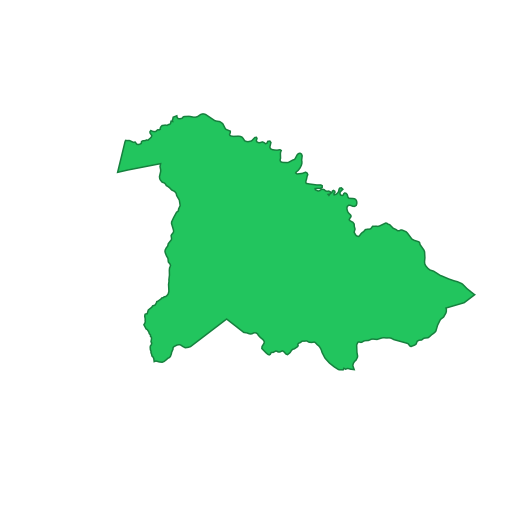 the district of Sinop, Mato Grosso, Brazil, rotated 141°
{"feature_id": "56859067B61328210802035", "entity_name": "Sinop", "entity_type": "district", "adm_level": 2, "iso_a3": "BRA", "parent_name": "Brazil", "parent_adm1": "Mato Grosso", "projection": "orthographic", "projection_center": [-55.512, -11.743], "detail": "fine", "context": "isolated", "style": "filled", "palette": "green", "viewbox_px": 512, "rotation_deg": 141, "n_neighbors": 0, "source": "geoboundaries", "source_scale": "gbopen_adm2", "svg_char_len": 6143}
<svg xmlns="http://www.w3.org/2000/svg" viewBox="0 0 512 512"><g transform="rotate(141 256 256)"><path d="M251.2,105.9L249.8,109.8L248.8,110.7L247.3,111.6L245.3,112.1L243.9,112.1L241.0,113.4L240.0,114.3L238.2,117.6L233.7,123.6L231.2,124.8L230.1,124.5L229.1,123.1L228.1,122.4L225.9,122.1L224.6,121.6L221.8,119.6L218.6,118.7L217.1,117.6L214.5,115.0L209.7,113.1L208.1,112.1L206.3,110.3L203.9,108.5L202.7,107.1L201.5,104.3L193.8,93.5L192.9,91.9L193.1,89.4L192.5,88.1L188.7,86.9L187.0,86.8L184.4,88.3L182.2,87.9L180.1,86.5L178.3,86.5L177.0,86.3L173.7,84.2L172.1,84.1L169.1,84.3L166.5,84.1L164.7,84.2L163.4,84.5L158.5,87.9L153.1,90.4L151.9,90.6L148.6,90.5L144.3,92.2L142.9,93.2L141.6,94.8L141.1,96.0L123.6,88.7L110.4,88.3L110.8,89.6L112.6,97.9L113.2,104.0L113.5,105.1L115.6,109.2L117.7,112.1L120.7,116.9L124.2,123.6L125.0,124.8L127.5,132.4L129.6,135.6L130.2,138.1L130.3,141.2L129.9,143.5L128.7,145.4L125.9,148.3L122.4,153.1L121.8,154.9L121.3,161.8L120.5,163.2L120.5,164.5L123.3,168.8L124.2,171.1L123.9,178.5L124.1,180.4L126.0,184.0L126.9,185.0L128.8,185.5L130.0,186.5L130.6,188.6L131.9,191.2L132.4,196.2L133.4,197.7L133.7,199.1L134.5,200.0L141.1,201.6L142.7,202.3L143.6,203.3L146.7,205.7L149.6,205.0L151.1,205.5L152.1,206.4L154.4,207.7L157.1,207.2L158.6,207.4L160.5,207.2L162.8,206.6L164.0,206.6L165.2,208.3L165.3,209.7L164.8,212.7L162.1,214.6L161.0,217.1L159.6,219.1L159.5,221.2L160.7,224.1L160.8,225.5L159.5,226.2L157.9,226.6L157.0,227.2L156.7,228.3L157.0,231.1L156.9,232.7L156.0,234.8L155.2,236.1L153.8,237.1L151.9,237.1L150.7,235.9L149.4,233.6L148.1,232.5L146.2,232.3L144.8,233.2L143.7,234.5L143.1,235.9L143.0,237.3L143.4,238.4L144.3,239.5L147.4,242.3L147.6,243.5L146.5,246.4L146.5,247.8L147.3,249.1L148.5,249.2L149.7,248.5L150.9,248.7L151.9,250.2L151.4,251.8L150.3,252.8L146.5,253.2L146.8,255.3L148.3,256.1L149.5,255.6L150.6,254.6L151.8,253.9L153.1,253.6L154.7,253.5L156.8,254.3L156.2,255.5L154.7,255.7L154.0,256.7L154.5,258.2L155.7,258.4L157.0,257.6L158.6,257.7L157.8,258.9L158.6,260.7L160.1,261.6L161.0,262.9L161.3,264.7L162.2,265.9L163.5,266.7L165.0,266.6L166.8,267.3L168.2,270.1L167.6,271.2L166.2,270.3L164.0,268.5L163.0,267.9L161.3,267.7L160.3,269.0L160.9,270.4L163.9,272.8L169.4,278.6L171.2,280.7L171.0,281.8L170.0,282.9L168.4,283.9L166.0,285.9L164.6,286.6L164.1,288.2L164.7,289.9L167.9,291.0L172.5,293.9L172.9,295.6L171.7,296.0L169.4,296.0L166.4,296.7L163.6,298.0L162.0,299.2L161.0,300.4L160.2,301.8L157.1,304.8L156.5,306.6L157.1,308.2L158.7,308.9L160.4,308.7L164.6,306.9L165.7,306.9L166.9,307.4L171.8,308.3L172.8,308.8L173.8,309.7L176.1,311.7L177.3,313.1L177.3,314.8L176.4,315.9L175.4,316.5L172.7,320.1L171.6,321.2L170.0,322.1L170.5,323.5L173.1,325.0L174.7,326.5L176.4,328.4L177.2,330.1L176.8,331.9L173.0,334.8L172.9,336.6L174.7,337.7L176.4,336.8L178.0,337.3L178.4,339.1L179.2,340.6L181.7,341.6L182.9,342.7L183.5,344.3L183.2,345.4L181.2,346.8L181.0,348.0L182.4,348.8L186.3,348.3L187.4,348.4L190.4,349.9L191.8,351.6L192.3,352.8L192.0,355.5L192.1,357.3L193.1,359.0L194.3,360.2L198.2,363.1L199.9,364.9L200.4,366.1L200.0,367.2L198.4,368.0L197.4,369.2L199.6,373.2L199.7,374.4L198.6,379.5L198.8,380.8L199.6,383.3L202.0,385.9L202.9,387.3L206.1,397.7L207.2,399.3L208.4,400.2L210.0,400.8L213.6,401.1L215.4,401.8L217.0,403.0L219.5,406.0L220.7,407.1L224.1,409.6L225.2,409.9L226.6,409.5L228.9,410.6L230.1,411.9L230.1,413.4L229.3,414.8L233.0,416.0L234.3,414.9L235.7,414.1L236.1,413.0L237.2,414.2L239.1,412.7L240.4,412.7L241.4,413.3L242.8,413.4L244.1,414.8L246.9,416.5L248.8,416.2L250.0,415.6L250.6,414.7L252.0,415.0L252.8,415.9L254.1,416.0L255.2,415.8L256.5,416.4L257.9,417.9L258.8,419.7L260.2,419.3L260.9,418.3L261.2,415.2L262.3,414.4L263.7,414.1L267.1,414.0L268.1,415.1L269.5,415.4L271.4,416.7L272.9,417.0L274.4,415.7L275.6,415.9L277.2,416.6L278.3,417.8L278.2,420.6L279.8,421.5L281.3,424.7L281.9,425.6L283.3,426.6L284.6,427.9L285.9,427.2L310.9,408.1L301.5,403.5L272.0,387.8L274.3,385.9L275.9,382.9L277.0,381.6L281.1,378.4L282.2,376.6L282.5,375.2L282.5,372.5L281.2,370.3L281.1,368.7L281.4,367.2L280.7,365.4L280.2,363.3L280.0,360.4L278.6,357.4L278.6,354.9L279.6,352.9L280.4,347.7L283.2,342.9L286.5,341.3L288.1,339.9L290.2,340.0L295.8,337.7L300.1,335.6L301.2,334.4L303.9,327.9L304.9,326.6L306.6,326.0L308.0,325.8L309.2,325.2L310.5,322.9L311.5,321.9L316.4,320.8L318.5,319.2L320.3,318.9L322.8,317.8L323.8,316.9L324.5,315.6L325.5,312.4L325.9,309.6L327.9,306.5L327.9,303.8L328.3,302.5L329.5,301.7L330.7,301.1L332.3,299.5L335.3,295.6L338.5,292.5L339.7,290.9L341.8,289.0L345.9,283.4L348.1,281.8L350.1,281.3L351.6,281.3L353.1,282.1L354.3,282.0L355.7,282.7L356.9,282.4L360.6,282.6L361.8,283.0L363.2,282.1L365.4,281.4L367.7,282.3L369.2,281.8L373.7,281.8L376.9,279.6L377.8,280.2L378.9,280.5L380.4,279.2L381.7,276.8L382.7,275.7L383.4,274.6L384.4,273.9L386.4,273.1L387.3,268.4L386.8,267.2L387.1,264.4L387.8,262.8L387.6,261.2L388.6,259.9L388.4,258.7L389.2,257.5L391.6,255.4L391.8,254.0L393.2,252.9L394.8,252.5L395.7,251.6L397.1,249.6L397.6,248.0L398.5,246.9L399.0,245.2L399.8,243.7L399.6,242.4L400.0,240.6L401.6,238.0L400.3,237.6L399.4,236.8L397.9,234.6L395.8,232.5L393.9,231.9L390.6,231.8L389.0,232.0L387.3,231.6L385.8,231.8L383.4,233.2L382.1,234.3L379.2,235.8L378.1,237.0L376.8,237.2L373.4,236.5L371.6,235.5L370.7,234.6L369.8,231.7L368.7,229.2L366.2,227.7L363.9,226.8L318.5,225.5L313.6,204.3L311.4,201.9L310.4,200.1L309.4,198.9L308.1,198.1L305.9,197.6L304.3,196.2L303.8,194.3L304.1,193.0L303.9,190.0L303.2,186.6L303.4,184.3L304.5,183.2L308.2,181.9L309.7,180.4L309.1,174.1L308.6,171.9L307.9,170.8L306.8,170.6L305.4,171.3L304.3,171.1L303.4,170.3L300.4,169.7L299.6,168.7L299.3,167.6L297.9,166.4L295.2,165.7L294.6,164.2L294.4,160.9L293.6,159.5L290.3,159.5L287.8,160.3L286.2,160.4L284.6,159.7L280.7,159.4L279.7,159.8L279.1,161.1L277.8,161.4L275.9,160.8L273.7,160.8L272.0,159.4L270.1,158.2L269.0,155.6L267.2,153.8L264.9,152.5L264.4,151.3L264.2,148.4L263.8,146.9L263.8,144.7L264.3,142.1L265.4,139.3L266.6,133.5L266.6,132.2L266.3,126.6L265.0,120.7L263.4,115.9L262.6,114.9L259.9,112.7L258.3,113.4L257.7,111.7L255.8,111.1L254.8,110.1L253.9,108.7L251.2,105.9ZM159.7,257.6L161.2,257.2L161.2,258.5L159.7,257.6Z" fill="#22c55e" stroke="#15803d" stroke-width="1.5"/></g></svg>